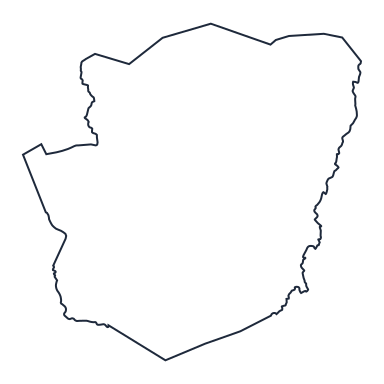 outline of Belen Gualcho, Ocotepeque, Honduras
{"feature_id": "27666195B17925078657683", "entity_name": "Belen Gualcho", "entity_type": "district", "adm_level": 2, "iso_a3": "HND", "parent_name": "Honduras", "parent_adm1": "Ocotepeque", "projection": "albers", "projection_center": [-88.771, 14.48], "detail": "fine", "context": "isolated", "style": "outline", "palette": "slate", "viewbox_px": 384, "rotation_deg": 0, "n_neighbors": 0, "source": "geoboundaries", "source_scale": "gbopen_adm2", "svg_char_len": 5835}
<svg xmlns="http://www.w3.org/2000/svg" viewBox="0 0 384 384"><path d="M41.3,144.2L23.0,154.7L45.8,212.3L47.0,212.9L48.4,215.2L48.9,217.4L49.1,219.3L50.2,221.7L51.3,223.8L52.3,225.4L53.9,227.0L56.0,228.7L58.3,229.7L61.0,230.8L63.3,232.2L65.4,233.8L66.2,235.9L65.6,238.7L53.2,265.7L53.5,265.9L53.8,266.2L53.9,266.7L54.0,267.2L53.9,267.6L53.2,268.6L52.9,269.7L53.0,270.1L55.0,271.0L55.4,271.3L55.6,271.6L55.6,272.1L55.3,272.6L55.0,272.9L54.2,273.2L53.9,273.5L53.9,273.8L54.2,274.5L54.9,275.0L55.1,275.3L55.1,275.7L54.7,276.2L54.7,276.9L57.1,280.4L56.6,281.7L56.0,284.3L55.9,285.8L56.1,287.3L56.4,288.6L56.9,289.8L57.4,290.8L58.7,292.6L59.4,293.8L60.1,295.3L60.6,296.7L60.9,298.3L61.1,299.8L61.1,301.2L60.8,302.5L60.9,303.0L61.3,303.7L62.1,304.1L64.8,306.4L65.5,307.4L65.9,308.4L66.0,309.7L65.8,311.0L65.4,311.9L64.4,313.1L64.1,313.8L64.1,314.5L64.3,315.2L64.7,315.7L65.1,316.0L67.9,318.5L68.4,318.8L69.1,319.0L69.8,319.1L70.4,318.9L71.6,318.4L72.2,318.3L72.8,318.4L73.8,318.8L74.7,319.9L75.2,320.3L76.4,320.9L77.2,321.0L79.8,320.8L86.3,320.7L87.8,321.0L90.1,321.7L91.6,322.0L93.2,322.2L95.3,322.1L95.7,322.3L96.1,322.6L96.3,323.0L96.8,324.0L97.1,324.4L97.6,324.7L98.2,324.8L99.2,324.8L101.0,324.6L103.4,324.2L104.1,324.3L105.1,324.8L106.6,326.5L107.2,327.0L107.5,327.1L108.1,327.0L108.5,326.6L108.5,325.3L165.4,360.3L205.1,343.7L240.3,331.3L270.9,315.7L271.3,314.8L271.7,314.1L272.3,313.6L273.0,313.2L273.9,313.0L274.9,313.0L275.8,313.4L276.5,314.1L277.9,312.8L279.2,311.4L280.5,310.6L281.8,310.1L282.2,309.7L282.3,308.0L282.1,307.4L281.8,306.7L281.9,306.4L283.7,305.8L285.2,305.5L285.6,305.2L285.9,304.1L286.5,302.8L286.7,302.3L286.5,298.9L288.7,298.6L288.8,298.1L288.8,297.2L288.4,295.9L288.9,294.5L289.4,293.8L290.6,292.6L291.8,290.7L293.3,290.2L294.5,289.7L295.0,288.6L294.8,287.4L295.0,287.2L296.2,286.8L297.6,286.9L298.4,287.1L298.9,287.5L299.4,288.3L299.4,289.7L299.6,290.5L300.4,292.2L301.1,293.0L304.2,291.3L304.8,291.1L305.4,291.0L306.0,291.5L306.5,291.5L307.2,291.0L307.7,290.3L308.1,289.7L308.1,289.4L306.4,286.4L306.2,285.4L306.1,283.5L305.3,282.8L304.7,281.9L304.6,280.6L303.6,277.9L302.7,273.6L302.6,272.9L302.7,272.6L303.4,271.6L304.1,270.9L304.2,270.5L303.7,269.8L302.2,268.3L301.4,267.3L301.0,266.1L300.9,265.1L301.3,264.4L302.0,263.9L302.6,263.2L302.9,262.0L303.1,260.3L303.2,259.9L303.5,259.6L304.7,258.8L305.3,258.2L305.3,257.9L305.1,257.7L304.3,257.8L303.6,257.6L303.1,257.1L303.1,256.5L303.6,255.1L306.3,250.1L307.2,248.0L307.8,247.1L308.6,246.4L309.7,246.0L311.0,245.9L312.6,246.1L313.4,246.3L313.8,246.6L314.0,246.9L314.4,247.9L315.0,248.6L315.4,248.8L315.6,248.6L316.1,247.9L317.4,245.4L317.8,245.2L318.6,245.2L318.8,245.0L319.3,243.2L319.7,242.4L319.0,240.9L318.3,239.6L318.4,239.4L320.3,239.1L320.7,238.4L320.9,237.5L320.9,237.0L320.6,236.0L320.6,234.9L320.8,230.6L320.4,229.3L319.9,227.8L319.8,227.1L319.8,226.8L320.0,226.5L320.3,226.4L320.9,226.5L321.1,226.3L321.2,226.1L321.1,225.9L320.5,225.3L317.9,223.2L315.9,221.0L314.8,219.7L314.8,219.4L315.0,219.2L317.1,217.1L317.5,216.4L317.6,215.7L317.4,215.0L317.1,214.3L315.6,212.9L314.6,211.7L314.3,210.9L314.3,210.2L314.5,209.7L315.2,208.9L315.7,208.1L315.7,207.6L315.4,206.9L315.6,206.3L316.1,205.7L317.2,204.9L318.1,203.8L319.5,202.1L320.4,200.5L321.2,198.4L322.0,194.6L322.4,193.5L322.8,192.7L323.2,192.3L323.5,192.2L325.7,194.0L325.9,193.9L326.2,193.4L326.7,191.9L327.3,189.3L327.3,188.8L327.2,187.6L327.4,186.8L326.5,183.9L326.4,183.2L326.8,181.9L327.6,180.1L328.2,179.1L328.7,178.6L331.6,177.3L332.2,177.0L332.6,176.6L333.2,175.3L334.0,172.2L334.5,171.0L334.8,170.8L335.5,170.5L335.9,170.2L337.0,169.0L338.1,168.1L338.5,167.5L338.4,167.2L337.8,166.4L336.6,165.3L335.8,164.8L335.3,164.4L335.0,164.0L335.0,163.7L335.1,163.4L335.5,163.3L335.7,163.1L336.3,161.3L336.7,158.4L337.0,157.0L336.9,155.2L336.9,154.2L337.1,154.1L337.3,154.0L337.9,154.2L338.4,154.1L338.8,153.7L339.2,153.1L339.1,152.3L338.5,149.8L338.5,149.3L338.7,148.6L339.0,148.0L339.5,147.4L341.1,146.0L341.5,145.5L342.0,144.4L342.4,143.0L343.0,141.8L343.0,141.0L342.3,138.5L342.3,138.0L342.4,137.5L342.7,137.0L343.2,136.5L344.4,135.6L346.3,134.0L348.5,132.5L349.4,131.5L349.8,130.6L350.3,129.0L350.5,126.6L350.6,125.7L353.0,123.3L354.2,121.2L354.8,120.0L356.2,117.9L356.7,116.6L356.9,115.8L356.9,114.7L356.7,111.6L356.1,108.7L355.2,105.4L355.4,104.1L355.1,98.9L355.5,96.8L355.5,96.2L355.1,95.4L353.7,93.4L353.1,92.3L352.7,91.4L352.7,90.6L353.9,87.8L353.8,87.1L353.0,84.6L352.9,83.4L353.0,82.1L353.2,81.7L355.6,82.0L357.4,82.8L357.7,82.8L358.0,82.6L358.4,81.9L358.6,80.8L359.0,77.0L360.1,74.2L360.3,73.3L360.4,72.5L360.2,71.8L358.9,69.9L358.4,69.0L358.3,68.0L358.3,66.1L358.5,65.5L358.9,64.9L359.4,64.4L360.2,63.9L360.6,63.4L361.0,61.2L342.2,37.5L323.8,33.8L288.9,36.0L275.8,40.0L270.5,44.6L210.8,23.7L162.6,37.8L129.1,64.1L95.0,53.9L86.0,58.9L84.6,59.9L82.5,61.2L81.9,61.8L81.4,62.7L81.3,63.9L80.7,67.0L80.9,69.0L80.8,70.7L80.9,71.0L81.4,71.7L81.5,72.6L80.6,77.5L80.7,78.2L80.9,78.6L81.8,79.1L82.6,80.2L82.7,80.6L82.5,81.7L82.4,83.3L82.6,83.8L83.3,84.1L87.0,85.0L87.7,85.3L88.0,85.5L88.0,86.0L87.9,87.3L88.3,90.0L88.2,90.7L88.3,91.2L88.6,91.7L89.4,92.3L89.7,92.6L90.3,94.2L90.8,94.9L92.1,96.3L93.4,97.2L93.7,97.5L94.0,98.5L94.3,100.7L94.3,101.2L94.1,101.3L92.8,101.8L92.0,102.4L91.6,103.4L91.4,104.8L90.9,105.9L90.2,106.7L89.1,107.6L88.6,108.1L88.4,108.6L86.9,114.8L86.2,116.3L85.7,116.8L84.8,117.3L84.7,117.7L85.0,118.2L87.5,120.0L88.5,121.5L88.7,122.0L88.3,122.7L88.2,123.8L88.2,124.8L88.4,125.6L88.9,126.5L89.5,127.2L89.9,127.4L91.0,127.7L91.7,128.1L92.2,128.6L92.2,129.1L92.0,131.0L92.0,131.9L92.1,132.3L93.2,133.1L95.0,133.6L96.0,134.1L96.8,134.8L96.9,135.6L96.9,137.4L97.6,142.4L97.2,144.5L96.6,145.1L95.7,145.4L91.0,144.4L78.4,145.4L77.1,145.4L76.0,145.5L74.3,146.1L71.2,147.6L67.9,149.0L62.1,150.9L56.5,152.3L46.3,154.2L41.3,144.2Z" fill="none" stroke="#1e293b" stroke-width="2"/></svg>